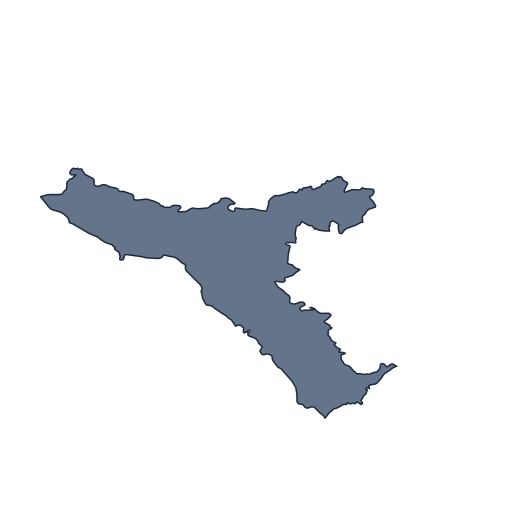 the border of Assam, rotated 232°
{"feature_id": "IND-2477", "entity_name": "Assam", "entity_type": "State", "adm_level": 1, "iso_a3": "IND", "parent_name": "India", "parent_adm1": "", "projection": "natural_earth1", "projection_center": [92.64, 26.061], "detail": "fine", "context": "isolated", "style": "filled", "palette": "slate", "viewbox_px": 512, "rotation_deg": 232, "n_neighbors": 0, "source": "natural_earth", "source_scale": "10m", "svg_char_len": 6105}
<svg xmlns="http://www.w3.org/2000/svg" viewBox="0 0 512 512"><g transform="rotate(232 256 256)"><path d="M86.1,210.4L87.9,210.9L89.1,210.8L92.8,209.8L99.3,209.1L101.5,208.4L102.9,207.0L104.4,202.9L106.3,201.5L109.4,201.5L110.5,201.1L113.0,198.8L114.2,198.4L116.1,198.7L121.4,202.8L127.8,206.4L135.2,207.3L151.8,206.3L155.0,204.8L162.8,204.9L164.7,205.4L167.2,206.9L168.4,206.8L171.2,205.4L171.9,204.6L173.6,201.0L174.7,200.3L175.5,200.1L178.6,200.5L180.4,204.5L181.2,205.2L185.4,204.3L187.9,205.1L191.6,204.8L196.9,201.4L198.6,201.0L199.7,201.7L200.2,203.8L200.8,204.7L201.7,204.9L202.2,204.1L202.1,202.9L201.4,202.0L202.6,201.4L202.5,199.5L203.4,199.2L204.4,199.6L206.2,201.3L207.2,201.9L210.7,201.3L212.8,199.0L213.2,196.7L220.7,197.3L224.6,195.9L227.4,195.7L229.5,194.7L239.9,191.3L243.3,190.6L245.3,189.3L247.4,187.1L248.6,186.7L255.2,187.8L262.2,191.2L262.7,192.7L263.8,193.6L267.0,194.5L287.3,192.0L288.7,192.3L289.8,192.8L292.2,194.9L293.2,194.8L295.8,193.5L301.9,192.4L305.5,190.9L309.2,187.4L313.0,184.6L313.5,183.4L313.0,181.5L313.1,179.7L314.2,177.5L321.9,168.7L326.7,164.7L336.7,155.0L337.5,153.5L337.1,152.3L335.3,150.1L335.0,149.0L335.3,148.0L336.7,146.6L337.2,146.5L338.0,147.2L339.4,148.8L341.3,149.4L343.0,150.3L348.5,148.8L349.9,150.3L351.4,149.5L352.9,149.6L354.6,148.9L357.5,146.7L360.7,145.1L364.1,143.9L368.4,142.9L376.9,138.2L393.9,131.5L397.2,129.5L400.7,131.0L403.1,131.2L407.9,130.2L410.8,129.0L418.1,123.8L420.7,123.0L434.8,122.7L435.3,123.0L433.3,127.9L431.2,131.6L426.3,137.8L424.8,140.1L424.2,141.8L424.9,143.3L425.5,148.0L427.8,150.3L429.7,151.5L430.6,152.8L431.1,156.9L430.2,159.4L430.3,160.1L430.8,161.0L430.5,163.0L430.7,163.6L431.0,163.7L431.5,163.3L433.7,160.4L435.9,160.2L437.6,162.7L437.8,165.3L437.6,166.1L435.8,167.3L434.8,169.5L433.0,170.3L432.3,171.8L431.7,172.2L429.8,171.5L428.4,171.8L425.7,171.5L416.9,175.4L415.6,175.2L412.0,172.5L410.6,172.5L409.3,173.2L408.0,174.6L406.6,179.1L404.3,181.5L400.5,183.3L395.1,187.9L393.8,188.3L391.6,188.0L390.7,188.4L388.7,191.2L381.2,196.2L380.1,196.6L378.3,196.3L376.2,194.8L375.4,194.6L372.9,197.1L368.7,204.1L366.8,205.9L361.3,209.8L356.6,212.0L354.5,211.8L352.8,213.4L350.9,213.6L347.6,217.7L347.2,218.6L347.2,221.1L345.8,223.4L342.9,226.5L341.9,227.0L340.7,226.8L340.2,225.8L339.7,222.8L338.5,222.0L334.3,228.1L333.9,229.4L333.6,233.0L332.9,235.4L329.0,239.3L323.6,247.5L323.3,248.9L323.7,251.2L323.3,255.0L321.7,257.5L321.4,258.4L321.6,261.3L322.6,264.0L320.2,268.1L317.7,270.1L310.6,271.9L310.3,270.9L311.9,268.5L312.3,266.9L312.2,265.0L311.5,263.6L309.4,263.0L305.1,265.3L304.7,266.4L306.4,268.9L306.3,269.6L299.2,276.6L296.0,281.7L293.3,284.2L289.9,286.7L285.3,291.4L285.2,292.1L285.4,292.7L288.0,296.1L288.6,297.4L290.5,298.7L291.4,300.1L292.2,303.0L292.1,307.0L291.7,308.4L290.2,310.1L288.6,313.0L286.9,317.0L285.8,320.6L283.8,324.7L282.1,325.3L281.0,326.7L280.9,328.6L281.8,331.1L281.2,332.1L279.7,333.0L280.4,334.2L280.5,335.1L277.8,339.7L277.4,341.9L276.3,342.4L274.4,341.4L273.3,342.0L272.7,343.2L271.9,346.9L270.9,349.4L271.2,351.1L272.0,351.8L270.5,355.1L271.7,358.4L271.1,358.9L270.2,359.1L269.7,359.6L269.0,362.1L268.6,367.5L268.1,369.6L266.6,369.7L267.0,370.7L265.5,371.9L262.7,371.6L261.9,371.2L258.1,373.0L256.6,372.8L253.5,366.3L252.4,365.0L252.0,364.9L251.3,365.7L249.1,372.7L244.7,377.8L244.2,378.8L244.3,381.7L242.3,382.9L237.3,388.5L236.0,389.3L234.5,389.0L233.2,387.6L232.3,384.7L233.1,382.3L232.7,381.8L229.6,381.5L225.6,381.8L221.7,381.1L221.1,379.9L223.0,374.9L223.4,372.9L223.2,370.9L222.0,368.0L221.9,365.1L221.5,364.0L217.0,360.8L217.8,359.6L218.9,353.5L221.9,344.6L221.9,341.3L220.9,337.9L221.3,336.7L222.9,335.9L225.1,336.7L229.0,339.3L229.3,340.2L230.3,340.5L235.9,338.6L236.9,336.5L236.2,334.2L234.3,332.9L234.8,332.4L234.5,332.1L232.1,330.1L230.7,329.6L230.6,328.9L234.5,324.4L237.8,321.4L239.1,320.6L240.5,320.4L240.7,318.9L243.0,318.9L245.8,318.5L247.5,316.3L254.7,313.5L255.1,313.1L254.1,311.4L253.6,309.7L254.3,306.6L253.8,305.2L248.8,299.9L245.0,298.4L244.1,296.8L242.2,295.8L242.1,295.3L242.3,294.8L245.0,292.3L246.2,290.1L247.5,288.8L247.7,288.1L247.4,287.1L246.1,287.1L243.9,288.6L243.2,288.9L242.6,288.8L238.4,283.6L235.9,281.0L233.4,278.9L232.2,277.4L230.5,276.5L228.8,277.3L226.7,279.1L223.8,279.3L221.6,280.0L218.7,282.0L218.3,282.0L218.1,281.7L218.5,277.1L218.1,272.9L220.8,265.8L220.5,264.4L218.8,263.9L218.5,263.1L218.6,261.6L219.1,260.7L223.5,256.4L224.0,255.2L223.7,254.6L218.0,254.2L211.6,256.3L209.7,256.2L204.1,257.6L202.3,257.2L199.9,254.8L198.5,254.1L197.5,254.2L196.7,254.6L194.3,256.9L192.4,262.5L191.0,264.3L189.8,265.0L188.0,264.9L187.4,264.4L187.5,262.9L188.2,260.2L188.2,259.2L187.8,258.5L186.0,257.7L185.2,257.9L184.6,258.4L183.2,261.3L181.2,263.6L180.0,265.9L178.3,267.8L178.4,268.2L179.7,268.3L181.7,267.0L181.4,268.0L178.3,269.8L175.1,270.0L171.9,271.1L170.0,272.6L169.2,274.1L166.6,277.4L165.6,278.4L163.9,278.8L163.1,278.5L162.6,276.8L162.3,273.1L162.6,270.1L162.4,269.3L161.4,269.2L155.9,271.5L154.7,270.5L153.0,271.6L152.6,271.4L152.5,270.8L152.9,268.9L152.9,267.2L152.0,266.1L150.5,265.6L149.7,264.1L146.9,264.3L143.7,263.6L140.6,264.1L138.5,265.4L138.0,264.7L137.8,263.0L137.0,262.9L133.5,263.7L130.8,265.0L130.2,264.5L129.8,262.7L128.8,262.4L127.1,264.6L124.5,266.4L124.3,266.3L124.4,265.7L125.5,262.9L125.1,261.6L122.3,259.6L116.7,259.1L115.3,259.3L112.5,261.3L109.9,262.0L106.3,262.0L101.6,263.0L100.7,263.5L99.0,265.7L96.2,268.1L95.0,270.4L92.7,273.1L91.9,276.7L90.6,279.2L90.4,280.7L90.8,283.3L91.8,285.2L93.8,287.2L94.0,288.0L93.6,289.2L91.8,290.5L89.1,290.6L88.2,291.0L87.8,291.9L87.6,295.7L87.0,297.1L82.7,298.9L83.5,295.5L83.7,290.3L84.2,285.4L83.7,282.7L82.4,279.2L81.4,273.1L81.6,271.3L84.1,266.6L84.4,265.0L81.9,263.8L83.9,262.6L84.1,261.7L83.2,260.5L82.2,261.2L81.8,261.1L79.9,258.0L79.6,257.4L79.6,254.5L78.4,252.4L77.8,250.2L77.1,249.6L75.1,249.6L74.2,249.1L74.4,247.3L76.0,246.9L78.8,245.7L79.0,245.2L78.5,243.4L78.7,243.0L80.2,242.1L81.5,239.0L84.2,237.6L84.3,237.2L83.4,236.3L83.5,235.4L85.1,233.9L86.0,227.8L86.8,225.0L87.7,223.5L87.2,216.3L85.8,211.3L86.1,210.4Z" fill="#64748b" stroke="#1e293b" stroke-width="1.5"/></g></svg>